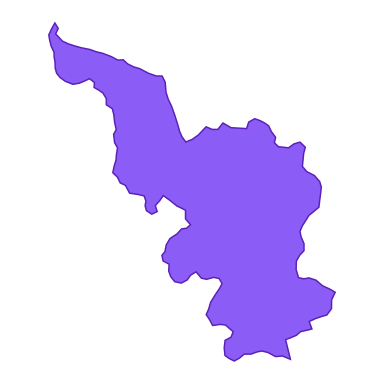 Apuarema, Bahia, Brazil
{"feature_id": "56859067B6094407413317", "entity_name": "Apuarema", "entity_type": "district", "adm_level": 2, "iso_a3": "BRA", "parent_name": "Brazil", "parent_adm1": "Bahia", "projection": "mercator", "projection_center": [-39.762, -13.814], "detail": "fine", "context": "isolated", "style": "filled", "palette": "violet", "viewbox_px": 384, "rotation_deg": 0, "n_neighbors": 0, "source": "geoboundaries", "source_scale": "gbopen_adm2", "svg_char_len": 2307}
<svg xmlns="http://www.w3.org/2000/svg" viewBox="0 0 384 384"><path d="M231.1,127.7L223.0,123.0L217.8,129.4L212.2,129.4L206.1,126.8L198.2,135.1L192.2,139.4L185.8,142.0L182.0,136.8L179.7,131.6L178.1,125.9L174.9,115.6L171.6,106.3L168.2,99.2L166.0,92.2L165.2,82.2L162.1,76.0L156.3,76.0L148.3,73.2L139.6,68.6L133.4,66.8L127.5,63.8L123.3,59.8L117.8,60.1L111.5,56.7L102.6,53.3L96.0,51.7L90.0,49.5L81.0,47.7L74.3,45.8L68.2,43.8L62.4,41.1L55.7,33.9L58.2,28.4L54.9,23.0L51.2,29.6L48.8,34.9L49.6,39.8L51.2,46.3L54.0,52.2L54.2,57.5L55.1,62.4L55.2,68.2L56.6,73.2L60.1,77.5L65.3,81.3L72.9,84.3L79.3,83.2L83.9,81.3L89.5,78.7L94.4,82.5L94.1,87.5L98.4,89.9L102.8,92.9L106.3,98.6L106.3,104.8L112.3,108.7L113.8,114.6L114.6,122.1L116.2,129.7L113.6,134.2L114.6,142.7L117.5,147.8L116.5,154.2L116.0,160.1L114.1,166.3L112.8,172.7L117.5,177.2L120.2,182.9L125.4,185.3L129.6,193.2L137.7,194.4L144.1,195.9L145.9,201.0L145.1,205.8L146.4,210.6L151.8,214.2L157.2,211.5L155.3,205.6L159.8,200.6L163.2,195.6L169.7,200.2L176.8,205.9L185.5,210.2L185.5,218.9L190.5,224.7L186.5,228.2L181.6,228.9L177.0,233.9L170.0,238.5L166.2,245.0L165.0,251.5L161.9,255.3L163.1,261.0L169.1,264.2L168.7,271.0L170.7,276.6L174.7,281.7L181.3,283.1L187.3,279.9L190.5,275.3L196.0,271.8L201.4,278.2L206.6,279.3L213.6,277.4L219.1,278.5L222.1,283.7L219.5,288.5L215.3,294.7L210.6,302.3L208.6,309.3L206.2,314.6L209.3,319.3L212.7,325.5L220.3,324.4L225.5,325.0L229.3,328.4L233.2,331.7L231.0,337.2L225.1,340.3L224.2,348.0L225.0,355.5L229.0,358.4L234.2,361.0L239.4,358.2L244.2,354.1L251.0,354.1L256.8,352.0L261.8,351.0L268.0,352.5L275.6,356.6L282.5,356.0L290.4,359.3L285.6,339.6L290.8,337.7L296.4,335.3L300.5,331.7L311.9,329.0L309.2,321.5L315.2,318.7L321.3,316.6L326.8,315.0L331.5,308.7L331.6,299.9L335.2,292.3L330.2,289.3L322.6,285.8L315.9,280.1L308.9,277.9L304.0,278.8L298.5,277.7L296.1,269.3L296.4,261.0L299.8,255.1L304.0,250.7L304.0,243.6L301.0,236.6L300.0,231.3L302.4,225.8L306.0,220.1L309.0,215.3L313.2,212.0L318.9,207.2L319.7,200.4L320.8,192.1L321.3,187.0L319.7,181.6L314.5,175.6L306.6,171.5L302.4,166.4L303.0,160.1L303.7,153.4L305.3,147.2L300.0,142.1L294.0,143.9L288.5,147.8L278.4,146.7L274.4,142.7L275.6,137.3L271.4,131.6L268.6,125.8L264.5,122.9L260.0,120.6L254.7,118.7L248.7,122.1L246.6,128.6L231.1,127.7Z" fill="#8b5cf6" stroke="#5b21b6" stroke-width="1.5"/></svg>